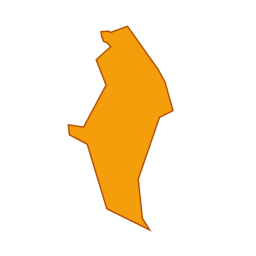 Landri Sales, Piauí, Brazil (Equal Earth projection), rotated 314°
{"feature_id": "56859067B80048635644180", "entity_name": "Landri Sales", "entity_type": "district", "adm_level": 2, "iso_a3": "BRA", "parent_name": "Brazil", "parent_adm1": "Piauí", "projection": "equal_earth", "projection_center": [-43.866, -7.314], "detail": "fine", "context": "isolated", "style": "filled", "palette": "amber", "viewbox_px": 256, "rotation_deg": 314, "n_neighbors": 0, "source": "geoboundaries", "source_scale": "gbopen_adm2", "svg_char_len": 602}
<svg xmlns="http://www.w3.org/2000/svg" viewBox="0 0 256 256"><g transform="rotate(314 128 128)"><path d="M55.2,168.9L69.7,214.3L73.0,201.1L96.4,173.1L98.3,170.9L135.6,153.5L157.6,143.2L171.7,148.3L184.3,126.9L186.8,122.7L191.2,108.3L200.8,56.9L193.4,53.4L189.4,51.3L184.4,49.1L184.3,47.0L178.6,41.7L177.7,42.9L176.8,44.0L175.7,45.1L175.0,46.4L174.7,48.2L173.9,48.8L173.3,50.3L174.0,51.7L174.4,52.9L174.9,54.2L174.7,56.4L174.6,58.0L174.6,59.1L155.0,57.7L143.6,82.5L135.4,84.8L97.8,95.4L94.8,91.2L88.8,82.9L82.4,90.6L88.0,110.0L55.2,168.9Z" fill="#f59e0b" stroke="#b45309" stroke-width="1.5"/></g></svg>